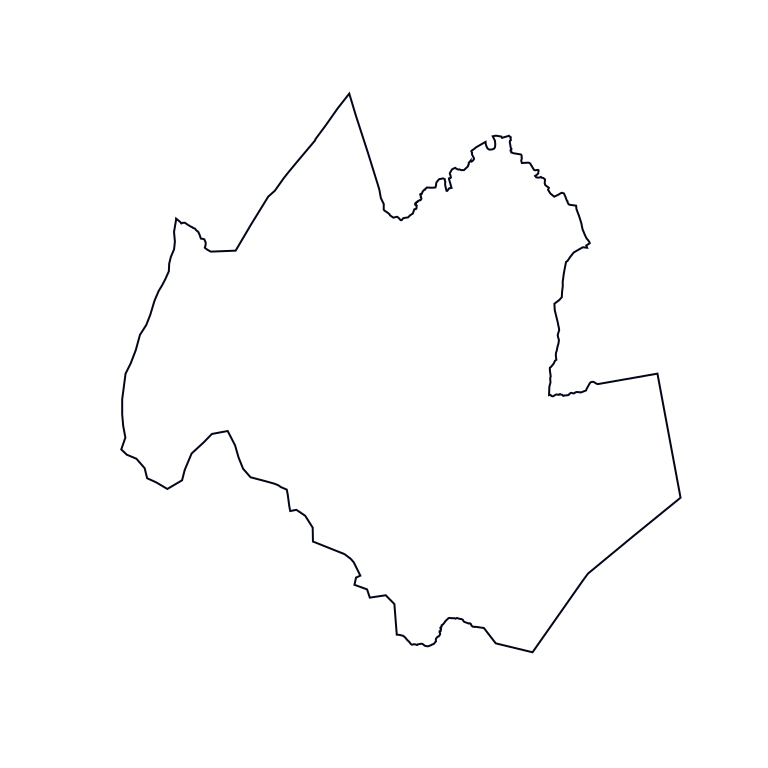 Fanteakwa North, Eastern, Ghana (Albers equal-area conic projection), rotated 79°
{"feature_id": "2480657B42231307300111", "entity_name": "Fanteakwa North", "entity_type": "district", "adm_level": 2, "iso_a3": "GHA", "parent_name": "Ghana", "parent_adm1": "Eastern", "projection": "albers", "projection_center": [-0.403, 6.499], "detail": "fine", "context": "isolated", "style": "outline", "palette": "ink", "viewbox_px": 768, "rotation_deg": 79, "n_neighbors": 0, "source": "geoboundaries", "source_scale": "gbopen_adm2", "svg_char_len": 6151}
<svg xmlns="http://www.w3.org/2000/svg" viewBox="0 0 768 768"><g transform="rotate(79 384 384)"><path d="M92.3,362.7L104.7,377.0L119.4,392.3L130.5,404.5L131.7,405.1L148.8,426.3L157.9,437.4L162.8,443.1L173.4,454.2L178.0,461.9L202.1,484.1L224.8,504.2L221.0,528.8L218.3,532.0L216.0,533.9L213.5,532.6L212.0,532.2L210.7,532.1L207.7,532.8L206.9,534.2L206.5,535.7L206.4,535.9L205.3,536.2L202.6,536.5L199.5,537.2L196.8,539.3L195.3,539.9L194.6,541.4L193.4,542.4L193.1,543.0L192.1,544.2L190.3,546.2L187.7,548.7L187.4,550.9L187.7,552.3L186.1,553.1L182.0,556.5L183.8,557.0L194.6,561.1L204.4,562.1L211.8,564.4L218.6,569.0L224.9,571.9L232.3,573.7L239.7,578.9L244.8,583.0L249.9,587.6L258.5,593.4L271.6,600.3L280.7,606.1L289.2,614.2L303.4,621.2L315.4,628.7L324.5,635.7L349.0,643.9L363.8,646.8L375.3,648.0L387.3,648.1L398.1,654.4L404.4,649.9L410.1,641.3L421.0,635.0L431.3,634.5L437.0,626.5L445.7,616.7L440.0,600.6L430.3,596.0L415.5,586.1L407.0,572.3L400.2,562.5L400.3,546.4L415.8,541.9L428.3,540.8L440.3,538.5L450.1,532.8L456.4,519.7L461.0,510.5L463.3,507.0L465.6,504.8L469.1,499.6L474.2,499.6L486.2,500.3L490.8,500.3L490.8,494.0L498.3,486.5L511.4,481.4L525.1,483.8L543.5,455.2L549.3,450.0L553.3,447.7L567.6,443.8L568.7,448.4L575.5,451.3L582.4,439.8L591.0,438.7L591.7,422.6L602.0,415.8L632.5,419.3L632.7,418.4L633.5,416.0L634.9,413.2L636.3,412.0L638.2,410.8L639.2,410.4L642.0,408.4L642.5,408.2L643.4,407.7L644.3,407.4L645.2,406.3L645.3,405.2L645.1,404.3L645.2,403.8L645.4,403.6L645.8,402.4L646.4,401.7L646.5,401.3L646.0,400.4L646.2,399.9L646.0,398.4L646.1,396.9L646.4,396.1L647.1,395.2L648.6,394.0L649.2,393.0L649.9,390.9L649.5,388.4L649.3,387.5L648.9,386.5L648.7,384.8L646.5,382.1L645.2,382.0L644.1,381.6L643.7,381.3L642.3,379.6L642.3,378.8L642.2,378.4L641.0,377.1L639.8,376.5L638.4,376.8L637.6,376.7L637.4,376.6L637.6,375.9L637.5,375.6L637.3,375.5L636.3,375.4L635.9,374.9L635.5,374.7L635.2,374.7L634.6,375.2L634.2,375.2L633.9,375.1L633.6,374.2L633.0,374.1L632.8,373.7L632.6,373.5L631.8,373.4L631.2,371.9L629.3,369.7L628.7,369.3L627.1,366.8L626.3,365.5L626.1,365.0L626.2,364.0L626.7,362.8L626.8,361.8L627.2,360.7L627.2,359.8L628.0,358.6L627.6,357.2L629.3,353.8L629.4,353.0L630.4,351.7L630.8,351.5L631.8,351.3L632.5,350.9L633.0,350.3L635.4,346.3L635.2,345.9L635.5,345.0L636.3,344.5L637.9,344.2L638.4,343.8L639.2,343.1L639.3,342.2L639.8,341.5L639.8,340.4L642.6,332.5L659.9,323.8L675.7,289.4L614.9,226.3L609.0,219.9L580.9,168.3L552.2,114.6L426.0,113.6L424.9,174.2L423.8,175.9L422.1,177.6L421.8,178.3L421.6,179.5L421.8,180.8L422.2,181.6L427.4,186.0L428.9,186.9L429.9,192.5L429.2,193.9L429.1,194.8L428.8,195.7L428.6,196.6L428.7,197.5L429.4,199.1L429.4,199.8L428.5,201.6L428.4,202.1L428.6,202.9L429.1,203.5L429.3,204.1L429.8,204.6L430.1,205.6L430.0,205.8L429.9,207.6L429.7,208.8L429.9,210.2L429.6,210.6L429.0,210.8L428.6,211.1L428.3,212.1L427.5,213.2L427.5,213.7L428.0,214.3L428.0,214.7L427.2,216.4L427.2,217.3L427.7,218.8L428.2,219.8L428.3,220.6L428.1,221.2L427.7,221.9L427.2,222.1L426.3,223.0L426.4,224.1L418.2,222.2L414.3,220.3L410.2,219.8L408.3,218.9L402.6,218.6L400.1,218.2L399.6,218.0L399.0,216.7L396.5,213.7L393.8,211.7L393.1,210.2L388.8,209.9L386.2,209.2L384.1,208.0L379.9,206.3L378.0,205.2L374.7,204.0L373.6,203.9L371.6,204.2L369.6,204.2L368.7,204.0L364.6,201.8L362.3,201.6L360.6,201.7L356.2,201.7L344.1,202.3L337.7,201.4L335.0,195.9L332.7,192.9L327.5,191.6L321.9,189.8L317.3,189.0L315.9,188.4L311.8,187.1L307.5,185.5L298.9,182.0L298.5,180.9L298.0,180.2L295.2,177.4L291.1,172.7L287.7,162.8L289.0,158.6L286.6,159.0L285.1,155.2L284.0,155.2L281.2,156.5L279.9,157.3L279.0,157.6L275.4,158.5L269.8,159.6L263.9,159.6L256.0,160.5L249.3,161.7L245.6,161.4L243.5,167.5L242.9,168.4L240.9,169.1L239.7,169.0L239.0,169.5L234.8,170.2L231.3,171.0L230.4,172.5L230.2,173.3L231.4,176.6L232.6,181.1L228.8,184.3L224.7,185.9L222.9,184.7L219.7,187.6L218.6,187.9L217.5,187.9L213.9,186.9L212.2,188.3L211.9,188.9L211.5,190.0L210.7,190.4L211.0,191.8L210.9,193.0L210.7,193.4L210.5,194.5L210.2,195.1L208.6,196.0L207.7,193.9L206.8,192.5L204.2,191.6L203.7,191.5L203.4,191.7L203.3,191.8L203.1,192.6L203.1,194.9L202.4,195.9L199.2,197.1L198.5,197.2L197.5,197.8L195.6,198.3L194.6,199.3L194.2,200.4L193.4,206.5L191.0,206.7L188.7,205.6L187.8,205.7L186.3,205.3L185.0,205.6L184.8,205.8L182.2,212.8L181.0,214.9L179.8,214.6L179.2,215.3L178.7,215.2L177.6,214.0L176.5,214.5L170.6,214.4L169.3,213.9L168.8,212.9L167.2,213.0L166.6,212.6L165.9,212.5L165.4,212.8L165.2,213.3L164.5,213.9L164.2,214.0L164.9,221.2L163.5,221.6L161.6,226.7L161.6,230.0L166.3,228.7L169.8,229.0L172.6,229.8L174.0,231.0L174.4,233.2L174.0,236.0L172.6,237.4L169.6,238.2L167.4,238.3L165.7,238.1L169.2,248.4L170.9,251.5L171.6,253.3L172.0,253.8L172.3,253.9L173.7,253.4L174.4,253.7L175.9,253.7L179.0,252.8L179.7,252.6L180.3,252.7L181.6,254.0L182.4,255.7L181.7,256.6L181.4,256.5L183.2,258.7L184.6,258.9L185.0,259.3L185.2,259.6L186.4,260.1L189.3,264.7L189.0,265.8L189.0,266.7L188.7,267.6L187.7,269.0L187.7,270.1L186.6,271.8L185.4,272.8L185.4,273.1L186.3,276.3L189.6,279.2L190.9,279.2L191.6,278.9L192.0,279.0L193.9,278.9L194.5,279.4L194.5,280.9L195.0,281.1L204.4,280.3L204.3,282.6L206.5,285.1L206.2,285.8L200.9,286.0L199.0,285.8L197.9,285.4L197.0,285.3L196.9,285.4L195.7,285.4L194.7,285.2L194.3,285.5L193.4,286.9L193.5,288.3L193.4,290.5L194.3,292.0L196.2,294.1L197.9,294.8L198.7,294.9L200.9,296.0L200.5,299.6L199.3,304.4L199.7,305.2L201.0,306.6L200.8,307.0L202.3,309.2L204.7,310.8L204.8,311.2L204.4,311.9L204.5,312.1L204.8,312.3L205.2,312.3L206.9,311.9L207.5,312.3L208.5,311.9L209.0,311.9L210.0,312.4L210.5,313.1L210.3,313.8L210.9,315.3L210.8,315.6L211.3,316.0L211.6,316.4L211.4,316.6L211.5,317.1L212.4,318.4L212.6,318.1L213.0,318.1L213.4,318.5L213.4,319.1L213.9,319.2L214.2,319.0L214.9,317.9L215.3,317.8L215.6,318.2L217.6,318.5L218.4,319.4L218.2,320.3L218.4,320.6L218.4,321.0L222.1,323.1L223.4,326.2L225.0,328.5L224.9,333.3L225.1,333.7L226.3,335.0L226.5,335.7L226.4,336.3L226.2,336.5L223.5,338.1L222.4,339.2L222.3,340.0L222.5,343.1L219.9,345.6L219.4,346.0L218.4,346.2L216.8,347.5L213.8,350.5L212.7,351.0L207.3,349.9L200.9,351.6L192.2,351.5L184.5,352.3L153.6,355.7L115.1,360.4L92.3,362.7Z" fill="none" stroke="#020617" stroke-width="2"/></g></svg>